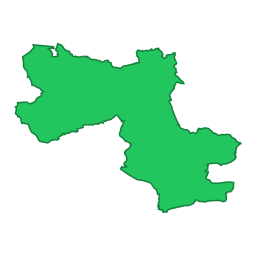 Cobh Lea-6, Cork, Ireland
{"feature_id": "5873133B90074174000916", "entity_name": "Cobh Lea-6", "entity_type": "district", "adm_level": 2, "iso_a3": "IRL", "parent_name": "Ireland", "parent_adm1": "Cork", "projection": "natural_earth1", "projection_center": [-8.365, 51.953], "detail": "fine", "context": "isolated", "style": "filled", "palette": "green", "viewbox_px": 256, "rotation_deg": 0, "n_neighbors": 0, "source": "geoboundaries", "source_scale": "gbopen_adm2", "svg_char_len": 5796}
<svg xmlns="http://www.w3.org/2000/svg" viewBox="0 0 256 256"><path d="M157.7,194.3L159.4,194.2L159.1,196.1L159.2,197.5L158.8,198.5L159.0,199.0L158.8,199.1L159.2,199.8L159.1,201.7L158.2,203.3L158.5,205.1L159.1,205.7L158.4,205.8L159.3,206.4L158.5,206.3L158.7,206.6L158.4,206.8L158.7,207.0L158.3,207.1L158.2,207.7L159.5,209.1L158.9,209.4L159.1,209.5L159.6,209.2L161.1,210.1L161.9,209.5L162.3,209.6L162.8,210.6L162.6,211.4L163.0,212.1L163.4,212.3L164.3,212.0L166.9,212.0L167.7,210.0L171.4,208.6L176.4,207.5L178.0,206.7L178.3,206.7L178.1,207.0L178.7,206.9L178.4,206.6L179.0,206.9L180.0,206.8L184.4,205.6L186.5,205.6L186.6,205.9L186.5,205.6L186.8,205.5L187.5,205.7L190.5,204.9L193.1,203.7L193.7,202.7L195.0,201.5L194.7,201.4L194.9,200.8L195.8,200.1L197.4,200.0L197.8,200.2L198.2,201.0L200.6,201.7L201.9,201.5L205.0,202.0L208.7,200.8L211.3,200.9L212.2,200.6L216.3,200.5L219.6,200.5L222.8,201.6L225.2,201.2L226.0,200.0L226.5,198.6L226.2,197.4L226.5,196.0L225.7,194.8L225.7,193.7L226.3,193.5L226.1,193.3L227.3,192.3L229.1,191.6L230.5,191.8L232.3,189.9L233.4,187.9L233.7,182.6L229.4,182.0L226.7,182.1L219.3,183.2L212.0,183.2L209.4,180.0L207.3,179.5L206.4,178.8L206.0,177.8L206.2,176.7L207.1,175.7L207.3,174.6L208.3,172.3L208.2,171.9L206.0,172.0L205.3,170.8L205.8,170.2L207.7,169.9L207.6,168.0L208.1,165.7L207.6,165.6L207.2,164.6L207.6,164.3L210.9,163.5L215.8,163.1L218.5,163.5L220.8,165.4L221.7,165.0L222.5,164.0L225.9,164.0L230.7,162.1L234.6,159.5L235.2,158.2L235.8,157.8L235.8,155.8L235.2,155.5L235.3,155.0L234.5,153.6L234.6,153.1L235.5,153.2L236.0,152.4L235.5,150.9L235.8,150.7L236.0,149.4L236.4,148.7L236.3,147.5L237.9,145.7L239.6,144.4L239.4,144.2L240.0,143.3L240.6,143.4L240.0,142.5L237.6,142.3L235.6,139.9L235.2,139.0L231.9,137.3L230.9,136.3L230.7,135.3L228.5,134.4L227.4,134.3L224.4,134.8L221.7,134.5L220.5,135.1L218.5,135.3L217.5,134.9L216.8,134.2L215.2,133.4L213.5,133.1L212.4,132.2L211.6,130.9L210.6,130.5L209.2,129.0L208.1,128.4L205.6,128.0L203.0,128.2L202.4,129.2L199.9,128.4L199.0,128.5L199.3,128.9L198.7,128.9L198.7,129.6L197.8,129.6L197.0,132.3L196.3,133.3L194.5,133.2L193.8,132.7L192.3,132.4L190.2,133.5L189.7,133.1L189.2,131.4L187.4,129.9L184.2,129.6L180.7,128.1L179.3,126.3L177.9,125.2L179.3,124.9L178.3,123.8L175.2,117.1L172.2,109.3L171.7,106.6L169.0,101.1L169.1,100.5L171.3,100.3L169.6,95.2L171.3,91.8L173.1,90.0L172.8,89.4L174.3,88.5L174.4,87.2L174.0,85.9L175.1,85.1L175.9,83.0L176.6,82.3L177.9,82.3L180.8,83.4L183.8,83.5L183.2,82.1L180.0,79.4L178.4,77.2L175.3,75.1L175.5,74.3L175.1,72.7L176.7,72.5L176.1,71.3L176.2,70.5L175.8,69.5L175.9,68.6L174.8,68.5L174.4,66.4L173.8,65.5L176.1,64.2L176.3,63.9L176.2,63.3L176.5,63.1L175.9,61.2L175.2,60.5L175.2,59.9L174.4,58.3L174.3,56.6L175.2,55.3L174.8,54.5L175.2,53.1L173.9,52.8L173.2,53.5L172.8,53.5L172.2,54.5L168.5,54.8L166.6,55.2L166.0,56.4L166.5,57.1L164.6,58.1L164.4,58.5L163.4,58.1L162.8,56.8L161.6,56.1L162.8,55.1L162.9,54.5L161.7,51.9L158.9,49.4L158.1,49.2L158.7,48.7L158.6,48.4L155.9,48.6L154.0,50.1L153.0,50.4L152.3,50.2L151.9,49.2L151.4,49.0L151.0,49.9L149.1,50.2L148.5,51.0L146.1,50.3L143.4,51.6L143.1,51.5L142.7,50.6L140.3,51.3L139.6,50.3L137.6,50.4L137.1,50.9L137.1,51.8L136.4,52.4L136.9,54.0L136.9,56.1L138.4,57.1L138.3,57.9L139.0,59.7L139.2,62.7L138.4,62.5L137.5,63.0L136.6,62.7L135.2,63.2L135.3,63.5L133.6,63.7L133.3,64.3L132.9,64.4L132.6,64.1L126.4,65.7L123.2,66.2L120.8,68.2L120.7,68.6L115.9,67.4L113.7,67.4L113.1,67.0L111.4,65.1L110.9,62.6L110.3,62.7L108.4,61.9L108.0,61.1L108.4,60.7L108.0,60.4L105.5,60.5L103.9,61.7L102.0,62.1L99.2,60.5L97.3,60.6L96.6,60.0L95.0,59.5L92.1,59.7L88.3,57.5L87.2,57.3L87.6,56.5L82.3,56.4L79.9,57.2L75.0,56.3L72.8,56.4L72.2,55.8L72.3,54.5L70.2,53.5L69.4,51.3L67.0,51.1L66.7,50.4L65.2,50.2L61.7,45.3L57.8,43.7L55.7,50.2L57.7,51.6L57.5,52.0L57.6,53.6L57.3,54.3L57.6,54.3L58.4,55.8L58.0,56.3L54.7,56.7L52.1,56.4L52.4,53.3L52.0,53.1L51.2,51.1L48.4,49.0L51.2,48.2L53.9,48.4L53.5,48.0L53.6,47.5L52.3,46.9L52.6,46.7L33.2,44.8L33.9,47.9L33.0,48.5L29.4,52.4L22.6,56.9L23.5,61.8L23.5,66.4L24.4,68.5L26.9,71.1L27.8,74.6L27.9,76.1L27.5,77.3L28.9,76.8L29.7,78.0L30.1,79.2L31.0,80.7L31.9,83.7L31.9,85.1L35.1,86.0L36.3,86.6L36.6,87.2L40.2,88.5L41.1,90.2L41.4,90.2L42.3,91.3L43.4,91.6L42.3,92.7L40.9,93.6L41.4,94.0L41.7,94.9L41.3,95.8L37.6,97.7L36.5,98.9L35.8,100.6L34.7,101.9L29.7,104.0L27.4,102.3L26.0,102.1L17.6,102.7L17.7,104.4L17.3,106.0L15.4,107.0L16.7,108.3L16.2,108.9L16.3,110.1L15.5,112.9L15.5,113.6L17.4,115.2L17.9,116.9L18.8,116.5L20.2,117.4L20.9,118.8L21.1,121.1L21.8,123.3L24.0,123.3L28.7,124.4L29.0,126.6L29.9,129.1L31.9,132.5L35.4,134.6L37.5,137.5L38.8,140.2L39.8,141.3L42.9,142.1L45.2,142.2L46.5,142.9L48.0,142.7L49.8,141.6L50.7,140.6L51.5,140.3L55.4,139.7L57.6,140.0L57.9,139.7L57.7,139.6L57.8,138.9L59.0,138.6L58.4,136.9L62.0,135.3L61.6,134.3L63.9,133.4L64.1,134.7L66.7,133.4L67.9,133.1L69.0,133.3L70.4,132.1L71.9,131.5L75.2,131.5L75.3,132.0L77.4,131.5L78.0,130.9L76.9,129.0L83.1,127.5L82.9,125.6L85.2,124.7L93.4,124.9L94.3,124.0L97.0,124.0L97.9,123.4L98.4,124.1L101.0,122.4L102.9,123.0L102.6,122.5L104.4,121.0L105.4,121.5L106.6,120.4L110.8,119.5L113.9,117.2L116.1,114.9L117.2,115.2L121.1,120.3L121.7,121.7L121.9,121.6L122.0,120.6L124.1,120.9L123.7,121.2L123.2,123.4L122.1,125.7L122.4,126.3L121.7,126.6L121.0,127.9L120.5,130.8L119.5,133.3L119.5,134.3L120.2,136.3L122.7,137.9L124.8,140.2L125.2,141.1L128.4,142.2L129.4,142.8L130.2,143.8L130.7,143.7L130.4,144.2L131.0,145.2L130.5,145.4L130.3,146.6L129.7,147.6L125.7,150.6L124.7,152.1L124.8,153.3L124.9,153.8L125.3,153.8L125.5,155.0L126.3,156.2L126.9,159.0L126.3,160.9L123.9,163.4L124.5,164.7L124.4,165.3L126.5,166.0L126.5,166.8L122.6,167.4L122.7,167.0L122.0,166.7L121.3,167.3L120.7,169.2L127.8,174.1L137.1,179.6L142.4,180.4L149.3,182.4L151.1,183.5L154.1,188.0L156.4,189.6L157.7,194.3Z" fill="#22c55e" stroke="#15803d" stroke-width="1.5"/></svg>